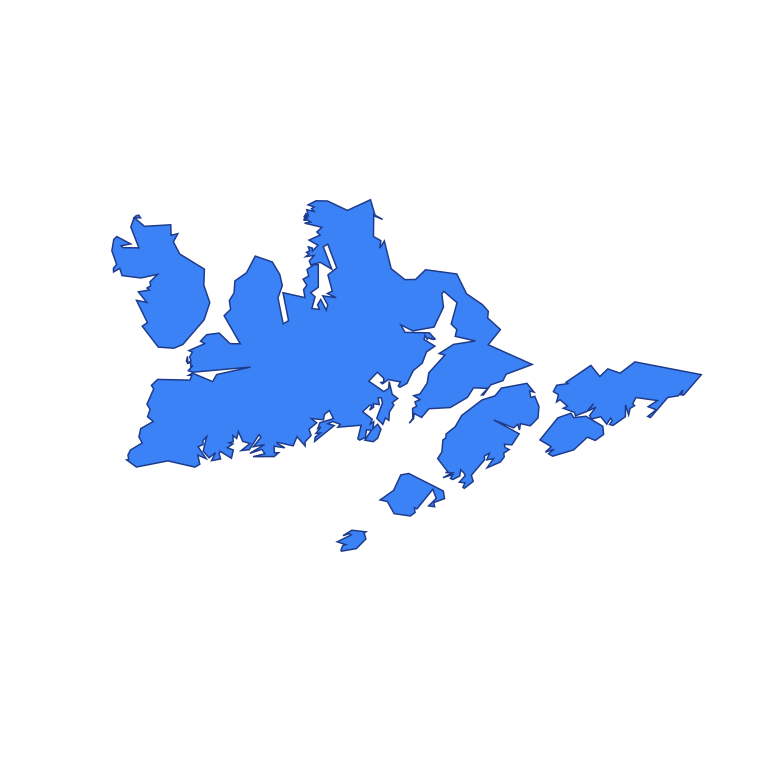 outline of Vågan nor, Nordland, Norway, rotated 17°
{"feature_id": "86288312B28402978584720", "entity_name": "Vågan nor", "entity_type": "district", "adm_level": 2, "iso_a3": "NOR", "parent_name": "Norway", "parent_adm1": "Nordland", "projection": "mercator", "projection_center": [14.578, 68.279], "detail": "fine", "context": "isolated", "style": "filled", "palette": "blue", "viewbox_px": 768, "rotation_deg": 17, "n_neighbors": 0, "source": "geoboundaries", "source_scale": "gbopen_adm2", "svg_char_len": 6163}
<svg xmlns="http://www.w3.org/2000/svg" viewBox="0 0 768 768"><g transform="rotate(17 384 384)"><path d="M334.6,227.0L326.1,225.2L317.2,211.7L298.3,228.7L276.4,225.5L265.4,228.7L259.0,234.9L265.5,235.1L263.4,237.6L266.6,239.4L259.2,239.9L262.3,245.2L259.6,243.9L258.5,248.0L260.6,245.8L261.7,247.0L260.7,247.0L259.0,250.4L260.9,248.1L261.8,248.2L259.3,251.0L262.8,249.7L266.6,250.6L261.0,253.4L278.8,252.3L275.3,258.2L279.3,260.3L270.2,268.3L280.4,270.6L276.7,277.7L275.8,275.0L271.5,275.0L274.0,278.4L271.4,280.7L274.3,281.7L271.9,285.1L279.5,281.5L276.6,288.1L279.1,291.5L287.5,286.3L300.6,289.5L285.8,270.5L289.3,266.7L304.9,286.8L298.5,296.1L307.4,310.3L303.4,314.0L313.0,315.4L299.7,317.6L307.2,325.0L307.2,330.3L298.8,321.7L297.3,327.6L300.4,331.6L292.9,332.8L292.6,320.8L287.2,318.2L292.9,310.7L286.3,289.2L282.3,290.2L276.9,297.0L280.4,302.8L276.0,307.4L281.4,312.2L279.5,317.1L283.1,324.5L260.7,326.2L274.2,351.3L270.0,356.0L257.4,332.6L258.0,319.6L252.2,309.6L241.6,300.0L223.5,299.3L220.0,317.8L211.3,329.0L214.0,340.8L211.7,349.4L215.5,357.5L211.1,365.4L234.8,387.6L225.0,390.4L211.5,383.5L200.0,388.7L196.0,396.7L200.8,397.8L187.6,409.1L191.4,409.5L190.2,414.9L192.7,418.1L190.2,421.4L188.1,415.1L188.3,419.8L190.3,421.6L193.0,420.1L194.0,423.7L195.9,422.3L192.9,428.5L197.8,428.6L251.4,406.8L221.2,423.9L219.4,431.8L197.7,429.6L194.7,432.7L197.7,431.9L197.3,437.0L166.2,445.8L162.0,453.3L165.2,456.0L163.2,472.6L167.7,476.6L167.5,484.5L174.3,487.3L164.4,497.8L165.1,506.3L170.0,511.1L160.8,521.3L159.9,526.8L161.9,530.8L160.1,531.8L171.5,535.8L199.8,520.7L227.4,518.8L231.3,514.6L226.7,506.4L235.8,507.4L224.6,498.4L228.7,494.7L227.3,491.1L229.8,486.1L230.7,501.0L238.3,505.7L243.0,498.8L241.5,507.7L249.6,503.5L246.7,498.8L246.9,496.3L259.8,499.6L259.2,491.1L252.7,490.8L257.0,485.6L253.2,485.4L256.8,483.3L254.5,477.4L259.0,479.2L258.7,472.1L265.7,480.2L273.3,480.1L266.9,489.4L274.3,486.2L279.3,469.0L281.9,470.9L277.4,482.2L287.5,476.9L276.0,489.5L286.3,482.2L290.5,485.5L280.0,491.8L300.2,485.5L303.3,480.5L299.3,481.9L297.1,475.6L307.9,474.0L299.3,472.1L299.0,470.9L315.2,469.7L316.2,459.8L326.7,466.3L325.4,462.5L329.3,454.5L325.5,449.2L331.0,440.8L324.5,438.3L336.6,435.9L335.9,430.6L339.5,425.3L345.8,431.9L334.0,439.8L333.7,445.9L336.2,443.6L333.3,451.2L337.5,449.5L333.7,454.9L334.4,459.2L348.5,438.3L342.0,438.4L345.8,434.9L354.0,435.3L352.5,438.8L374.2,430.1L375.0,444.0L377.0,444.8L381.8,440.7L380.7,433.0L385.5,431.8L382.1,443.3L390.6,442.3L393.8,437.6L394.3,428.0L389.7,424.3L386.5,430.0L385.3,423.1L382.7,426.0L383.1,421.1L371.7,416.7L376.5,408.4L378.8,408.3L377.9,413.2L380.9,409.2L379.5,405.9L385.5,405.1L382.5,398.9L385.2,397.9L388.1,402.5L387.1,418.9L394.7,423.0L395.2,416.2L399.3,417.3L397.3,409.2L399.6,401.2L397.3,399.4L401.4,393.8L394.9,391.5L388.2,380.1L389.7,386.8L386.0,391.3L368.6,385.7L374.2,374.7L381.9,378.4L383.2,382.1L380.7,383.5L382.5,384.3L386.8,378.5L399.1,377.2L398.2,381.7L400.2,382.4L405.7,376.8L408.1,362.5L414.5,352.9L415.2,341.0L421.6,332.9L409.4,329.8L408.9,325.3L412.2,328.5L413.3,326.7L415.9,327.3L416.0,326.5L418.1,327.1L419.7,326.1L412.4,321.8L389.0,328.5L382.8,322.5L396.0,324.8L415.2,314.9L418.4,293.1L412.9,280.8L414.2,277.9L430.1,284.9L430.7,307.0L437.7,310.6L438.2,317.6L458.9,316.1L438.9,325.8L427.9,338.7L433.8,338.5L423.6,360.2L425.0,370.8L421.2,383.1L415.8,386.5L423.0,388.4L418.8,392.0L421.7,395.9L418.5,399.0L421.6,408.4L419.6,414.2L422.4,408.5L421.6,403.4L429.7,405.0L434.2,394.5L454.3,387.1L467.7,372.4L470.7,361.5L484.6,357.8L480.5,365.9L482.2,365.5L486.3,353.6L496.8,346.0L497.9,339.0L520.0,322.0L472.2,316.0L479.4,297.9L463.8,290.5L462.5,284.0L454.9,279.3L436.5,273.6L421.4,257.5L390.3,262.6L383.6,274.8L373.5,278.1L357.1,271.6L342.5,247.1L340.3,255.4L339.1,247.9L330.8,246.0L324.2,223.5L326.3,226.2L334.6,227.0ZM102.6,296.3L100.1,294.2L97.6,295.8L96.4,298.1L96.0,307.9L109.8,325.5L94.6,329.9L92.1,328.7L100.8,324.1L85.4,321.1L83.3,324.7L84.8,336.2L93.4,347.9L91.4,352.4L92.6,355.9L97.5,350.7L101.8,356.9L120.5,353.7L135.4,345.4L130.3,354.8L132.2,358.2L129.3,361.5L132.1,362.8L122.1,367.7L133.3,375.3L122.8,376.3L139.8,394.5L135.9,399.4L157.4,414.7L172.6,411.2L180.1,405.0L193.2,375.2L193.6,357.1L182.8,342.2L178.7,326.7L150.6,319.4L141.0,309.6L142.9,300.5L136.9,304.0L133.5,294.1L108.9,303.2L96.8,298.1L102.6,296.3ZM520.5,341.6L497.4,353.6L493.7,362.8L482.4,370.6L467.5,391.4L464.6,404.1L458.0,413.6L458.9,417.6L456.7,420.2L459.2,432.1L457.1,439.6L471.0,449.5L468.6,450.8L475.4,449.0L467.8,456.3L476.4,450.5L475.1,454.9L477.8,455.2L483.3,449.8L482.4,443.6L486.6,445.8L488.5,447.8L484.8,455.9L490.3,454.8L489.7,459.7L491.3,460.3L497.8,451.0L494.2,445.7L502.4,426.9L501.0,423.6L505.1,419.4L504.5,426.5L510.5,423.4L507.1,434.0L518.0,424.7L520.3,418.5L518.7,415.1L522.9,410.1L518.4,409.4L516.8,406.4L524.1,404.8L527.8,392.1L499.4,386.3L520.7,388.1L523.8,383.4L527.0,388.4L526.1,382.0L536.1,381.2L541.2,371.4L538.8,360.3L531.8,351.7L528.3,354.0L525.3,348.1L529.9,347.9L520.5,341.6ZM576.4,305.7L557.6,329.1L559.8,329.8L549.5,334.7L548.2,341.8L553.9,343.1L554.3,350.7L556.9,347.5L566.0,351.6L562.5,354.8L574.3,355.4L576.4,358.4L586.1,350.9L590.2,341.4L587.2,350.0L593.4,344.2L589.8,354.0L592.7,356.8L600.9,351.9L608.8,357.3L610.7,350.3L612.9,352.4L611.5,356.8L615.1,356.7L624.4,344.7L621.1,333.4L627.0,342.0L626.5,335.3L630.0,331.5L627.6,330.2L628.9,323.3L650.3,319.9L643.2,328.5L651.8,329.0L645.7,337.9L648.6,338.2L659.3,313.9L669.0,309.2L671.6,302.2L671.3,307.5L673.8,307.0L684.7,282.3L617.5,289.5L606.7,304.6L593.6,304.1L588.2,313.8L576.4,305.7ZM586.6,355.8L575.3,360.7L571.3,357.3L560.1,365.6L549.5,391.9L562.3,395.0L558.2,402.0L565.8,396.6L561.7,402.7L566.4,403.7L584.7,391.5L594.0,375.4L602.5,376.2L608.8,368.0L605.6,360.5L586.6,355.8ZM433.8,462.3L426.6,466.1L424.3,482.9L414.2,496.0L421.6,495.4L431.6,505.0L447.8,502.5L451.3,497.8L449.2,493.4L452.0,493.8L461.5,470.4L467.4,478.1L462.3,487.5L468.3,486.6L466.2,482.9L475.4,475.9L472.0,469.0L433.8,462.3ZM409.9,530.7L396.1,533.2L389.1,541.0L394.4,537.4L396.8,537.9L385.4,548.6L394.3,548.8L391.8,550.6L391.4,555.5L392.2,556.3L405.7,549.5L412.0,537.5L408.5,532.2L409.9,530.7Z" fill="#3b82f6" stroke="#1e3a8a" stroke-width="1.5"/></g></svg>